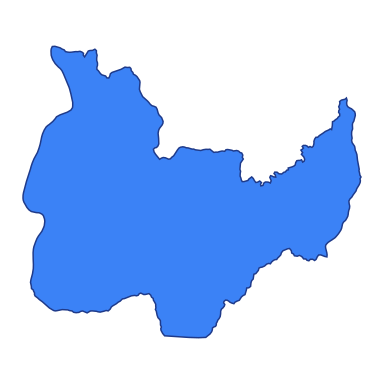 the district of Palmas, Tocantins, Brazil
{"feature_id": "56859067B14401929035087", "entity_name": "Palmas", "entity_type": "district", "adm_level": 2, "iso_a3": "BRA", "parent_name": "Brazil", "parent_adm1": "Tocantins", "projection": "mercator", "projection_center": [-48.104, -10.192], "detail": "fine", "context": "isolated", "style": "filled", "palette": "blue", "viewbox_px": 384, "rotation_deg": 0, "n_neighbors": 0, "source": "geoboundaries", "source_scale": "gbopen_adm2", "svg_char_len": 5940}
<svg xmlns="http://www.w3.org/2000/svg" viewBox="0 0 384 384"><path d="M129.7,67.3L127.4,67.5L125.0,67.1L121.1,69.3L112.1,72.4L110.4,73.7L109.8,76.0L108.8,78.0L106.9,77.9L105.6,76.0L102.0,74.9L100.5,73.7L98.4,70.8L96.9,69.4L96.9,67.1L97.5,65.3L97.5,63.0L96.7,60.5L96.7,58.0L97.1,55.2L96.4,53.0L96.4,50.6L94.9,49.2L92.5,50.4L90.0,50.5L88.3,51.0L84.6,56.9L83.3,55.2L83.5,53.3L82.0,52.1L80.0,51.3L77.6,51.7L75.7,51.6L71.3,52.2L69.5,52.3L67.7,52.1L65.5,51.6L64.2,49.9L62.2,49.1L60.1,47.8L54.9,46.3L52.3,46.5L51.2,49.0L51.0,50.9L51.2,55.2L51.9,57.5L52.8,59.8L55.2,63.6L58.5,67.1L60.2,68.5L61.9,70.6L63.5,73.9L69.1,87.4L69.7,89.3L70.9,93.9L72.7,102.3L72.7,105.9L72.5,107.7L70.9,110.1L67.3,112.2L60.2,114.8L56.5,116.8L55.3,118.6L52.9,121.4L49.1,124.6L47.9,125.4L46.2,126.9L44.2,130.1L42.6,133.8L41.7,136.8L40.2,144.1L39.1,147.9L37.5,152.4L34.0,158.8L32.3,162.9L31.2,166.2L30.4,169.2L26.5,181.3L23.5,192.7L23.1,195.1L23.0,198.1L23.2,200.0L23.9,202.1L26.9,207.4L28.9,209.8L31.3,211.5L36.2,212.6L39.3,212.8L41.9,214.1L43.3,215.5L44.5,218.9L44.8,221.3L44.3,225.6L43.7,227.3L41.9,231.3L38.4,236.1L37.0,238.5L35.6,241.9L33.9,246.7L33.4,249.2L33.1,252.7L33.2,259.3L33.4,264.6L33.3,268.7L32.5,273.8L31.0,279.4L30.5,282.3L31.3,286.0L31.5,288.6L33.2,289.9L33.7,291.4L34.5,292.8L34.5,294.6L35.1,296.0L37.6,297.9L39.4,299.6L42.3,301.7L49.4,308.0L53.6,310.5L55.2,310.9L56.9,310.7L62.2,309.6L67.8,309.9L69.6,310.6L71.9,310.9L73.7,312.3L76.1,312.7L78.9,312.4L80.9,311.3L82.7,311.0L87.1,312.9L90.4,311.0L92.2,310.9L96.5,311.3L98.0,311.8L100.2,312.1L104.0,311.2L106.1,310.5L108.2,310.9L110.2,309.1L111.3,307.0L112.5,306.0L116.4,303.7L118.3,302.1L120.1,301.2L122.4,298.9L124.4,298.6L131.5,295.8L134.7,295.4L136.5,295.8L138.1,295.3L139.3,293.7L140.8,293.1L143.7,294.5L145.2,294.5L149.0,293.6L150.7,295.1L151.5,297.1L153.2,298.4L153.4,300.1L154.6,302.1L155.7,304.2L155.7,306.0L155.9,307.9L155.4,309.4L156.3,311.2L157.1,315.2L158.0,317.7L159.4,319.2L160.4,320.7L160.5,325.0L161.4,327.0L160.8,328.6L161.0,330.3L162.7,333.5L164.6,335.8L188.6,337.4L198.5,337.7L205.8,337.4L207.8,335.7L210.0,334.0L211.7,331.7L212.3,329.9L212.5,327.9L214.0,326.9L215.5,326.4L216.3,325.0L216.3,323.3L217.1,322.0L217.8,320.2L219.1,318.6L220.2,316.5L220.6,313.9L220.7,311.1L221.4,309.2L223.0,307.8L224.3,306.1L224.8,304.4L223.6,302.9L224.0,301.4L225.5,300.1L227.1,300.2L228.7,301.1L229.8,302.1L231.6,303.0L233.9,303.7L235.0,302.2L237.1,301.1L239.3,300.3L241.4,297.0L243.0,295.6L245.0,294.6L246.4,289.9L246.7,288.0L248.8,287.8L250.6,286.4L251.0,282.7L251.7,280.6L253.2,279.0L253.9,274.2L255.8,273.6L258.3,270.5L259.0,268.1L260.4,267.4L262.2,267.1L264.6,266.0L266.7,264.1L268.8,263.4L270.4,263.8L271.6,262.0L273.2,260.6L274.8,259.7L276.7,259.5L277.8,257.9L279.5,256.3L280.8,254.8L281.4,252.7L283.0,250.7L287.6,248.8L289.5,248.5L291.3,250.6L291.7,253.0L293.5,254.0L294.4,255.8L297.3,256.2L299.3,255.4L300.8,256.0L302.2,257.0L303.6,258.9L305.9,259.0L307.0,260.3L308.9,260.8L310.3,259.3L312.8,259.3L314.6,260.5L316.1,259.4L317.3,256.8L318.6,255.0L320.8,254.9L324.6,256.4L326.9,256.9L327.1,254.9L326.8,252.7L325.7,248.3L325.5,246.6L325.8,245.0L326.9,243.6L328.2,242.3L334.8,237.9L336.0,236.7L338.5,233.7L340.8,230.2L341.6,228.3L342.6,223.6L343.8,221.8L345.5,220.4L346.6,218.6L347.8,216.2L348.2,214.3L348.4,212.2L348.8,210.3L349.5,208.3L349.7,206.1L349.1,203.4L348.9,201.0L349.9,199.0L351.8,197.1L353.2,194.8L356.0,191.0L356.7,188.8L359.2,184.7L360.1,182.6L360.4,180.8L360.0,178.8L361.0,177.0L359.9,175.1L359.6,173.2L359.0,170.8L359.2,169.2L357.5,160.2L356.9,154.6L356.1,152.2L355.2,150.2L355.0,148.2L354.6,146.3L352.1,142.6L351.6,140.2L352.1,138.2L351.6,134.9L351.6,132.8L351.8,131.1L352.6,129.0L352.4,124.7L352.7,123.0L353.8,121.2L355.3,115.5L355.2,113.7L354.7,111.8L353.1,110.2L351.5,108.8L349.4,107.8L347.8,106.7L346.9,105.1L346.6,102.9L347.1,100.3L346.4,98.0L345.1,99.2L341.4,100.1L339.6,101.5L339.9,103.2L339.4,105.2L338.7,106.7L339.6,109.2L338.8,110.7L338.6,112.3L339.7,113.9L339.7,115.9L338.3,117.0L337.2,118.6L335.4,119.7L334.1,121.0L332.5,121.7L332.3,125.7L331.6,129.6L330.2,128.9L328.8,129.9L325.4,131.4L323.4,132.9L319.3,135.6L317.6,137.3L315.9,137.3L314.7,139.0L313.9,141.3L314.0,143.0L313.7,144.7L313.1,146.4L311.9,147.4L310.0,146.5L308.4,147.4L307.3,146.2L305.6,145.4L303.4,145.4L302.2,146.4L303.4,148.1L302.2,149.3L300.9,150.1L302.6,152.6L301.4,154.3L303.8,157.0L304.7,159.2L304.2,161.1L302.7,162.1L301.5,159.8L300.0,160.4L298.4,160.4L296.8,160.7L295.7,162.6L295.2,165.0L293.7,166.2L291.7,167.0L288.2,168.0L288.4,169.8L286.7,170.2L285.4,171.9L283.8,172.3L281.7,174.0L279.0,173.8L277.1,172.2L274.8,172.1L274.0,173.6L275.3,174.9L275.7,177.1L273.7,176.9L272.1,176.1L270.6,175.7L269.8,177.3L271.2,180.8L270.3,183.0L268.5,182.2L266.9,182.0L265.3,182.0L263.7,183.2L263.0,185.4L260.9,185.9L260.5,184.2L261.5,182.6L259.7,181.0L257.6,182.2L255.8,182.5L254.4,180.6L253.3,178.5L251.7,176.9L248.8,179.1L247.9,180.5L243.9,181.6L242.2,181.6L241.3,179.9L240.9,178.1L240.1,176.1L240.2,173.6L240.6,171.2L239.9,169.4L240.5,163.1L243.3,159.0L242.3,157.4L242.8,155.1L241.7,153.0L240.0,152.5L238.6,151.1L236.7,150.5L233.4,151.0L232.0,150.3L227.7,149.5L226.0,149.7L224.7,151.3L222.1,151.0L219.4,151.6L217.6,152.2L215.9,152.1L213.8,152.4L209.9,149.2L208.2,149.4L206.0,149.3L203.3,149.7L200.8,150.5L195.3,149.8L193.8,149.1L192.1,149.1L188.1,147.9L186.3,147.8L184.6,147.1L182.8,146.8L180.5,147.2L179.0,148.0L177.5,149.9L173.7,155.8L171.7,157.3L170.4,158.8L168.7,159.2L165.4,157.8L163.2,157.5L161.5,158.1L159.6,159.3L155.5,154.2L154.1,152.0L153.4,149.2L154.8,147.9L156.5,147.5L157.8,146.2L158.8,143.9L158.6,138.3L158.1,133.4L158.4,131.5L158.8,129.8L159.7,128.1L162.1,125.0L162.9,123.3L163.1,121.4L161.6,117.6L159.0,114.9L158.1,112.9L157.1,109.2L156.0,107.2L154.0,106.3L151.9,105.7L150.1,104.1L148.7,102.3L147.4,100.9L142.6,96.6L140.2,91.7L139.4,89.3L140.0,82.3L139.7,80.7L137.0,76.6L135.5,75.3L133.4,74.2L132.9,72.5L131.3,70.7L130.9,68.5L129.7,67.3Z" fill="#3b82f6" stroke="#1e3a8a" stroke-width="1.5"/></svg>